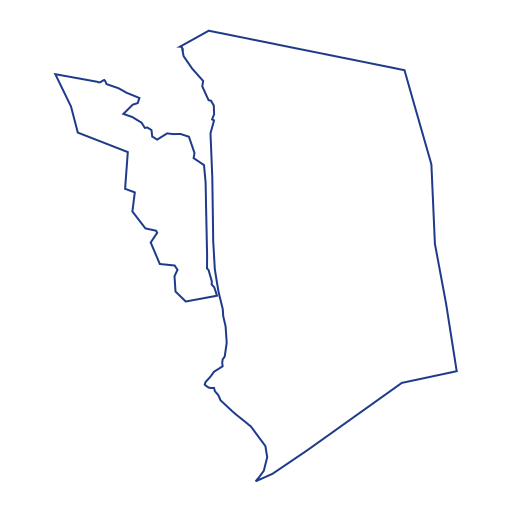 the district of Al-Ganayin, As Suways, Egypt
{"feature_id": "37247803B61862544009771", "entity_name": "Al-Ganayin", "entity_type": "district", "adm_level": 2, "iso_a3": "EGY", "parent_name": "Egypt", "parent_adm1": "As Suways", "projection": "orthographic", "projection_center": [32.548, 30.059], "detail": "fine", "context": "isolated", "style": "outline", "palette": "blue", "viewbox_px": 512, "rotation_deg": 0, "n_neighbors": 0, "source": "geoboundaries", "source_scale": "gbopen_adm2", "svg_char_len": 2132}
<svg xmlns="http://www.w3.org/2000/svg" viewBox="0 0 512 512"><path d="M418.9,120.8L418.9,120.6L414.6,105.8L404.5,70.2L208.6,30.7L208.2,31.0L180.1,46.6L180.3,46.6L180.9,46.9L181.2,47.0L181.4,47.1L181.5,47.2L181.9,47.4L182.3,48.2L182.8,49.2L182.8,50.6L182.5,50.4L183.6,56.2L192.3,68.8L203.1,80.9L202.3,86.4L205.4,93.2L206.7,96.1L208.6,100.2L211.0,100.7L212.1,102.6L213.8,105.5L214.1,114.2L212.1,119.4L214.0,120.4L213.8,121.4L210.5,133.3L211.1,148.1L212.2,175.2L212.3,177.4L212.5,191.6L213.0,225.2L213.2,241.1L213.6,248.0L214.8,269.0L215.9,276.0L218.3,290.6L218.9,293.4L222.8,309.3L223.2,316.1L225.6,326.4L226.0,332.5L226.7,342.6L226.3,345.6L224.7,356.6L222.7,359.3L222.2,362.7L222.6,366.3L213.9,371.8L211.9,374.7L210.3,376.8L208.7,378.6L206.3,381.2L205.7,381.8L204.7,384.4L204.9,384.9L208.5,387.5L210.5,388.0L214.0,387.9L214.9,391.2L218.4,395.3L220.6,400.4L232.1,411.1L236.5,414.9L243.3,420.3L251.0,426.6L258.8,437.2L265.4,446.1L267.2,457.2L263.8,470.8L258.7,477.7L255.6,481.3L272.5,473.8L307.8,449.9L401.8,382.9L456.7,371.2L446.1,303.8L437.2,256.1L435.0,244.3L434.9,243.8L431.4,164.6L430.1,159.8L418.9,120.8ZM217.0,295.7L215.9,292.4L215.9,292.2L214.2,287.2L211.7,284.6L211.8,281.2L209.2,272.3L208.6,270.1L207.0,268.4L207.1,256.6L207.1,255.1L206.0,204.1L205.9,197.2L205.6,182.4L204.0,165.1L196.9,160.3L195.8,159.6L193.6,158.1L194.5,153.0L188.9,136.7L188.2,136.5L180.6,134.0L178.3,134.0L173.1,134.1L167.2,133.4L161.8,136.7L157.2,139.6L152.5,136.7L152.2,136.6L151.5,130.1L147.3,127.5L144.8,127.9L141.6,122.7L134.2,118.2L132.5,117.1L127.6,115.4L124.8,114.4L123.4,113.9L131.7,105.7L132.7,104.7L137.7,103.1L139.4,98.0L126.2,92.6L123.3,90.9L120.2,89.2L118.7,88.3L106.5,84.1L106.1,83.0L105.1,80.9L104.2,80.0L103.3,80.4L102.9,80.6L102.4,80.9L101.8,81.3L101.1,81.8L99.7,82.3L99.1,82.3L98.6,82.3L98.4,82.3L98.3,82.2L98.2,82.2L97.9,82.1L97.7,81.9L97.4,81.8L57.6,74.6L55.3,74.2L56.0,75.6L71.0,106.5L77.8,132.6L127.8,152.1L125.1,188.8L134.8,192.4L132.4,211.5L145.4,228.4L156.0,230.7L157.2,232.8L150.7,242.5L159.8,264.0L174.6,265.5L177.5,269.8L174.5,276.2L175.5,291.5L185.7,301.5L217.0,295.7Z" fill="none" stroke="#1e3a8a" stroke-width="2"/></svg>